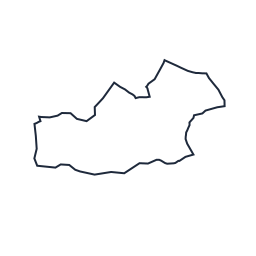 Igbo-Etiti, Enugu, Nigeria, rotated 147°
{"feature_id": "59680162B4108100426512", "entity_name": "Igbo-Etiti", "entity_type": "district", "adm_level": 2, "iso_a3": "NGA", "parent_name": "Nigeria", "parent_adm1": "Enugu", "projection": "mercator", "projection_center": [7.419, 6.684], "detail": "fine", "context": "isolated", "style": "outline", "palette": "slate", "viewbox_px": 256, "rotation_deg": 147, "n_neighbors": 0, "source": "geoboundaries", "source_scale": "gbopen_adm2", "svg_char_len": 1219}
<svg xmlns="http://www.w3.org/2000/svg" viewBox="0 0 256 256"><g transform="rotate(147 128 128)"><path d="M35.1,93.7L32.0,98.7L32.1,102.5L31.3,110.9L32.2,118.8L32.9,125.8L32.5,131.1L35.8,133.3L38.6,135.5L41.2,137.2L41.4,137.5L43.3,139.4L46.7,143.3L50.9,149.9L52.9,153.2L60.0,164.3L60.4,165.0L62.7,163.2L69.7,159.4L79.1,154.4L85.1,154.1L86.7,154.0L89.0,152.9L90.3,152.6L90.1,151.8L90.1,150.5L90.4,149.9L92.8,142.4L95.7,143.7L97.7,145.0L101.8,147.7L105.3,148.9L105.1,151.4L105.9,153.7L107.8,157.1L109.5,162.0L112.2,166.8L114.9,173.6L132.8,166.6L141.1,164.5L144.5,163.7L148.6,156.9L159.0,156.3L165.9,163.5L168.1,171.7L175.3,176.6L180.3,176.7L187.8,179.5L194.7,184.4L196.4,185.9L197.7,181.4L199.6,181.8L201.8,181.9L204.2,182.4L209.6,171.6L215.9,160.3L223.1,153.5L224.7,145.8L210.4,134.3L204.3,134.1L197.4,129.0L195.0,121.7L191.9,117.7L181.4,107.1L166.1,100.3L155.8,92.1L137.5,92.2L130.6,87.3L121.4,85.8L119.2,84.4L118.0,82.6L116.0,78.4L114.6,76.7L108.9,73.5L107.3,72.9L103.7,73.0L102.8,72.4L95.5,72.5L87.6,70.1L86.9,82.6L85.7,87.4L84.0,89.7L83.4,90.3L81.6,92.6L79.5,93.8L77.2,95.4L74.8,96.9L73.4,99.2L67.6,100.8L65.7,102.7L57.7,99.7L53.5,100.4L41.9,96.8L35.1,93.7Z" fill="none" stroke="#1e293b" stroke-width="2"/></g></svg>